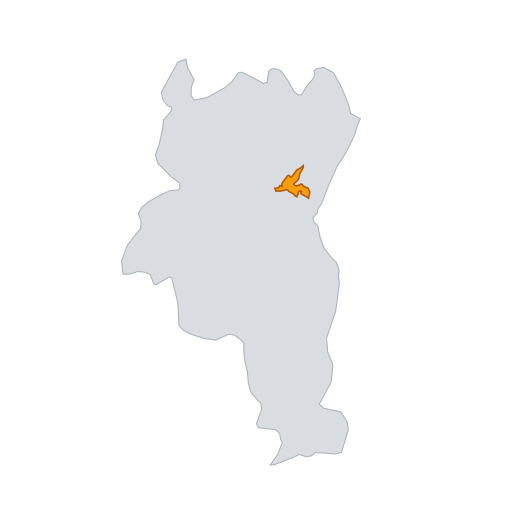 Kranj on a map of Slovenia (Mercator projection), rotated 104°
{"feature_id": "SVN-1013", "entity_name": "Kranj", "entity_type": "Municipality", "adm_level": 1, "iso_a3": "SVN", "parent_name": "Slovenia", "parent_adm1": "", "projection": "mercator", "projection_center": [14.335, 46.256], "detail": "fine", "context": "in_parent", "style": "filled", "palette": "amber", "viewbox_px": 512, "rotation_deg": 104, "n_neighbors": 0, "source": "natural_earth", "source_scale": "10m", "svg_char_len": 2665}
<svg xmlns="http://www.w3.org/2000/svg" viewBox="0 0 512 512"><g transform="rotate(104 256 256)"><path d="M455.4,191.7L444.1,187.2L430.6,185.3L428.0,187.7L422.6,190.2L419.9,194.7L422.0,212.1L418.7,215.1L403.3,213.4L398.2,215.4L389.9,227.6L381.3,232.7L370.4,236.3L362.4,240.7L352.2,244.5L343.5,246.8L340.1,252.1L338.0,257.9L338.5,263.6L347.4,274.7L348.6,286.5L347.6,301.0L345.6,308.7L342.1,313.9L320.4,320.5L297.9,332.4L297.4,335.1L307.7,345.6L308.1,348.2L299.6,354.2L298.7,360.2L299.7,367.1L304.2,374.2L305.8,380.6L293.5,385.2L276.7,383.5L256.9,374.6L250.0,375.9L243.3,380.5L236.4,378.6L228.9,373.1L218.2,361.6L213.0,354.6L210.8,347.2L207.9,346.1L203.5,348.2L199.8,357.3L189.9,373.6L182.6,378.0L171.6,377.0L156.1,377.3L146.5,378.6L134.7,372.9L131.9,374.0L131.8,377.8L127.5,383.7L120.2,387.6L86.7,378.8L82.0,371.6L89.6,368.1L100.0,358.7L107.2,359.7L115.9,357.8L119.7,353.8L114.2,341.9L100.3,327.1L92.9,321.5L82.7,317.8L81.0,313.9L86.6,290.6L84.9,287.3L73.3,288.4L70.5,285.9L69.6,281.9L70.4,276.3L78.2,267.3L86.9,259.2L89.3,254.7L88.9,251.1L77.8,247.5L71.1,243.9L65.7,242.6L62.1,244.7L59.4,242.3L56.6,235.6L59.3,225.3L69.4,215.8L80.1,207.4L89.5,201.2L94.9,198.5L97.5,187.9L103.1,189.0L114.2,189.6L126.6,192.0L138.1,195.0L148.3,198.7L169.6,202.6L189.0,205.0L194.8,207.2L199.6,207.0L205.5,210.2L209.0,207.7L211.5,203.5L222.1,198.4L231.8,191.9L238.6,183.5L242.5,176.8L249.1,172.1L256.3,170.8L262.8,168.4L290.3,165.3L318.5,167.7L332.0,163.1L343.1,155.0L359.3,152.7L360.2,152.6L384.4,158.8L386.2,155.2L387.3,153.6L386.8,135.9L394.5,127.8L401.6,124.4L425.8,125.5L429.0,131.0L430.2,139.4L432.4,150.7L436.4,153.8L438.6,158.3L438.2,166.1L442.9,171.9L454.0,187.6L455.4,191.7Z" fill="#d9dde1" stroke="#a8b0b8" stroke-width="1"/><path d="M187.3,248.4L187.9,251.5L188.3,252.3L185.7,254.2L184.6,251.3L183.9,250.3L182.9,250.0L182.4,250.2L181.9,250.0L181.8,249.1L182.0,248.4L182.3,247.9L182.1,247.7L180.1,248.3L178.6,248.2L170.7,244.9L169.9,244.3L169.9,243.3L170.2,242.8L170.7,242.4L171.0,242.0L171.0,241.5L170.9,241.0L170.6,240.7L167.2,239.0L163.8,237.7L162.1,236.7L160.1,234.4L156.8,232.0L158.4,231.5L164.6,233.1L165.4,233.5L170.5,233.2L173.6,234.4L176.9,236.9L177.6,236.5L177.9,235.8L178.2,234.0L177.6,232.7L175.7,230.1L175.2,229.8L175.2,229.1L175.3,228.4L176.4,227.4L176.7,226.4L177.4,225.9L177.1,224.6L177.6,221.8L178.6,221.2L180.2,219.6L181.3,219.2L187.2,219.0L185.7,223.7L185.1,226.3L184.8,227.2L184.3,227.9L183.8,227.8L182.5,227.4L182.2,227.9L182.4,228.9L182.8,229.7L183.9,230.5L185.1,230.2L188.7,230.6L188.4,232.4L186.7,234.7L185.5,239.5L184.5,241.3L184.3,242.4L184.5,242.9L184.8,243.4L185.1,243.8L187.3,248.4Z" fill="#f59e0b" stroke="#b45309" stroke-width="1.5"/></g></svg>